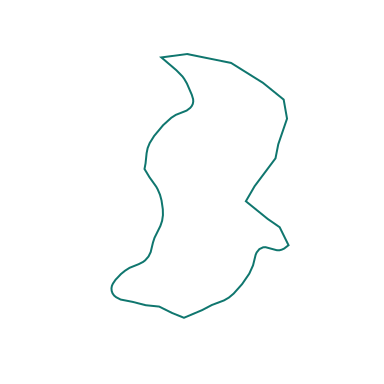 the district of Puñal, Santiago, Dominican Republic, rotated 129°
{"feature_id": "3306468B15896052245603", "entity_name": "Puñal", "entity_type": "district", "adm_level": 2, "iso_a3": "DOM", "parent_name": "Dominican Republic", "parent_adm1": "Santiago", "projection": "robinson", "projection_center": [-70.606, 19.379], "detail": "fine", "context": "isolated", "style": "outline", "palette": "teal", "viewbox_px": 384, "rotation_deg": 129, "n_neighbors": 0, "source": "geoboundaries", "source_scale": "gbopen_adm2", "svg_char_len": 1158}
<svg xmlns="http://www.w3.org/2000/svg" viewBox="0 0 384 384"><g transform="rotate(129 192 192)"><path d="M294.8,119.1L277.4,109.8L267.2,105.4L256.1,98.9L250.9,96.9L244.8,95.7L232.1,95.1L219.4,96.1L210.6,98.4L200.8,103.0L198.3,103.7L194.0,103.7L190.2,101.9L188.6,100.1L183.9,89.5L182.4,87.5L180.4,86.0L178.0,84.8L172.6,83.5L164.2,101.7L165.3,116.4L165.3,144.3L148.0,147.0L113.3,148.3L100.6,155.0L75.2,164.3L62.5,178.9L62.5,205.5L67.1,242.8L87.9,282.7L106.7,300.5L107.2,281.0L108.2,272.1L109.0,269.2L110.9,264.2L116.6,253.3L119.2,249.5L121.0,247.9L123.1,246.8L125.4,246.3L127.7,246.3L132.1,247.4L142.2,253.1L147.3,254.8L158.2,256.5L172.2,256.7L180.5,255.7L185.8,254.1L190.4,251.7L199.0,246.1L204.0,243.4L207.3,234.3L210.4,223.1L211.5,220.4L214.3,215.1L217.8,210.3L223.8,203.8L228.3,200.0L233.2,197.1L238.3,195.2L251.2,192.3L255.9,190.5L264.7,186.3L269.5,185.2L274.6,185.4L277.1,186.0L281.6,188.0L290.2,192.8L295.3,194.5L300.5,195.6L308.3,196.2L313.0,195.8L315.3,195.2L317.5,194.0L319.4,192.2L320.8,189.9L321.5,187.3L321.5,184.7L320.5,179.8L314.8,169.1L309.1,156.7L301.7,145.4L298.5,131.1L294.8,119.1Z" fill="none" stroke="#0f766e" stroke-width="2"/></g></svg>